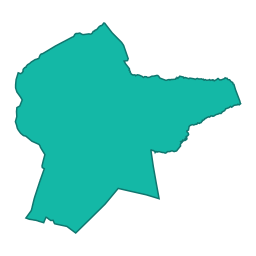 outline of Villa Díaz Ordaz, Oaxaca, Mexico
{"feature_id": "50627088B66246693607195", "entity_name": "Villa Díaz Ordaz", "entity_type": "district", "adm_level": 2, "iso_a3": "MEX", "parent_name": "Mexico", "parent_adm1": "Oaxaca", "projection": "albers", "projection_center": [-96.35, 17.054], "detail": "fine", "context": "isolated", "style": "filled", "palette": "teal", "viewbox_px": 256, "rotation_deg": 0, "n_neighbors": 0, "source": "geoboundaries", "source_scale": "gbopen_adm2", "svg_char_len": 4801}
<svg xmlns="http://www.w3.org/2000/svg" viewBox="0 0 256 256"><path d="M128.0,58.1L123.6,45.4L121.6,42.4L112.1,32.8L104.7,23.2L103.8,23.0L103.6,23.2L103.3,23.8L102.6,24.4L102.1,25.2L101.5,25.6L101.2,25.7L100.6,25.7L99.2,26.6L96.8,29.5L95.1,30.2L94.9,30.3L94.7,30.7L94.7,30.8L94.5,31.0L94.4,31.1L94.0,31.3L93.8,31.3L93.6,31.2L93.4,31.2L92.7,32.2L92.3,33.0L92.2,33.2L91.9,33.5L91.2,33.9L90.9,34.0L90.5,34.2L90.4,34.2L89.2,33.9L88.8,33.9L88.7,33.9L86.6,34.2L83.5,34.6L83.1,34.6L82.5,34.5L82.2,34.4L80.7,33.6L80.2,33.2L79.8,33.1L79.5,33.1L79.1,33.2L77.7,33.5L76.0,33.5L74.9,34.3L74.6,34.8L73.8,36.3L73.6,36.6L71.9,37.3L71.0,37.8L55.6,45.9L42.6,53.7L41.2,54.0L40.5,54.7L40.1,55.2L39.6,56.3L39.3,57.0L39.3,57.5L38.7,58.4L37.9,58.8L37.3,58.8L36.8,59.3L35.3,59.5L31.3,62.0L30.6,62.6L29.8,63.4L27.6,64.7L26.6,65.9L26.1,66.5L26.1,67.2L24.7,67.6L23.2,69.3L23.0,70.6L23.2,71.4L22.5,72.1L22.3,72.6L20.7,73.7L18.2,72.8L16.1,79.6L15.6,84.8L15.6,87.9L16.9,92.0L20.5,97.0L22.2,99.9L19.8,106.0L16.9,107.6L16.5,111.5L16.8,116.6L15.4,121.7L16.6,125.2L17.3,128.2L18.4,130.2L20.7,133.3L23.2,135.4L23.5,135.6L25.8,136.1L31.9,141.2L39.0,144.4L39.9,145.7L40.5,147.4L44.9,154.6L43.6,159.4L42.0,165.9L42.3,167.6L44.3,168.7L43.3,171.5L41.7,176.1L41.5,176.6L41.1,177.8L40.8,178.6L40.5,179.7L40.4,179.7L40.4,179.9L39.3,182.9L39.2,183.4L39.0,183.9L38.0,187.0L37.8,187.5L37.1,189.7L36.0,193.1L34.8,196.7L34.1,199.1L32.2,206.9L32.2,207.1L31.3,210.5L29.6,212.9L28.0,215.1L27.3,216.1L25.9,218.0L29.4,219.3L30.3,219.4L32.4,219.7L33.0,219.8L33.3,219.9L33.8,220.0L35.9,220.3L37.7,220.8L39.0,221.3L40.8,221.8L43.7,222.7L44.9,219.7L46.0,217.3L46.3,217.4L46.6,217.4L48.2,218.6L48.6,219.0L50.8,220.5L53.1,220.3L54.4,223.4L54.8,223.8L57.5,224.4L66.9,226.4L75.7,233.0L80.3,228.5L89.0,220.0L105.1,204.1L118.2,188.4L129.0,190.9L146.3,194.8L159.1,198.7L156.1,182.4L153.3,166.5L150.9,150.1L151.5,149.9L151.9,150.1L152.2,150.4L152.5,150.5L152.9,150.5L153.4,150.5L153.7,150.6L153.9,150.8L154.2,151.1L154.5,151.6L155.0,151.7L155.1,152.1L155.2,152.5L156.0,151.5L156.3,151.6L156.5,152.0L156.9,152.0L156.7,151.7L158.1,151.8L158.9,151.6L159.8,151.8L162.4,152.5L163.0,152.5L164.0,152.6L164.4,152.8L164.8,153.0L165.2,153.1L165.7,153.0L166.5,152.6L167.1,151.9L167.5,151.6L167.9,151.7L168.1,151.6L169.8,151.6L170.5,151.3L171.6,150.9L172.1,150.8L174.1,151.6L174.3,151.5L176.4,151.0L176.8,150.7L177.5,149.7L178.6,148.4L179.7,147.0L180.2,146.4L180.6,145.9L180.5,145.5L180.3,144.9L180.4,144.3L180.9,143.7L181.0,143.4L181.4,142.9L181.6,142.8L181.8,142.6L181.6,142.5L181.4,142.3L181.1,142.0L181.4,142.0L181.9,141.8L182.6,141.4L182.4,141.4L182.1,141.2L182.5,141.1L182.6,140.8L182.8,140.3L183.1,140.5L183.7,140.6L184.1,140.5L183.9,140.3L184.6,140.4L184.6,139.8L185.0,139.7L185.2,139.8L185.2,139.6L185.4,139.7L185.4,139.4L185.6,139.5L185.6,139.4L185.5,139.1L185.9,139.2L185.8,138.9L186.1,139.0L186.1,138.8L186.3,138.9L186.3,138.6L186.6,138.7L186.6,138.4L186.9,138.5L186.9,138.2L186.6,137.9L186.6,137.4L186.4,137.4L186.2,137.3L186.1,137.1L186.1,136.7L186.3,136.4L186.7,136.4L187.8,135.6L188.0,135.4L188.6,134.6L188.3,133.2L187.1,132.0L186.8,131.1L188.5,130.0L189.0,126.8L189.2,126.4L189.5,126.0L190.3,125.4L191.2,125.0L192.2,124.6L193.7,125.0L195.4,124.3L196.3,124.3L197.1,124.0L197.6,123.0L199.5,123.4L200.0,122.8L200.7,122.8L201.1,122.6L201.7,121.7L202.4,121.0L202.4,120.3L203.3,120.2L204.5,119.4L204.6,118.7L205.9,118.4L206.4,117.7L207.7,117.3L208.6,116.7L209.5,117.1L210.6,116.3L211.0,115.8L211.7,116.0L212.3,115.9L212.7,116.3L213.8,116.1L215.8,114.7L218.6,113.9L219.1,113.4L221.0,113.5L222.1,112.3L222.1,112.0L224.7,110.6L225.7,108.7L226.2,108.7L227.6,108.1L228.5,107.9L229.7,107.2L230.2,106.6L230.5,106.4L231.7,107.2L234.0,105.4L235.4,105.1L237.2,104.9L237.8,104.3L238.2,104.4L239.1,104.9L240.6,103.7L240.4,103.5L239.8,101.0L235.5,89.7L233.9,84.3L233.0,83.9L232.7,82.5L231.0,81.6L229.6,79.8L228.0,79.6L227.4,79.0L227.1,78.3L225.8,78.2L225.1,77.8L224.5,78.6L221.2,79.9L219.6,79.9L218.2,78.5L217.6,78.6L216.9,79.4L214.4,80.8L213.8,80.6L213.6,80.0L212.6,79.8L212.3,80.3L211.3,80.0L210.2,80.4L209.6,79.6L209.1,79.9L206.7,80.3L205.3,79.6L204.1,80.2L203.5,79.2L202.4,79.4L201.6,78.9L198.6,79.0L197.5,78.4L196.3,78.7L195.1,79.4L194.1,78.8L189.8,78.1L188.9,78.7L185.2,77.5L183.8,78.0L183.5,77.1L179.8,76.2L179.3,77.1L178.7,77.2L177.9,78.3L177.0,77.5L176.7,78.3L175.9,78.3L175.5,79.2L172.0,79.5L171.0,79.5L169.9,80.0L169.6,79.6L168.5,79.6L166.0,80.4L160.0,78.1L159.1,77.0L158.9,76.5L157.8,75.5L156.8,75.4L153.9,76.1L151.8,76.2L149.5,77.3L147.3,77.5L146.6,76.8L144.8,76.6L143.4,77.5L142.3,76.5L139.1,75.1L137.3,74.8L135.7,75.7L135.4,75.1L134.0,74.8L133.2,75.1L131.4,74.2L130.7,73.0L130.0,72.1L130.2,71.3L129.6,70.7L129.1,70.1L129.3,69.9L129.5,69.2L129.2,68.5L125.5,63.7L124.1,61.1L127.5,60.6L128.2,58.6L128.0,58.1Z" fill="#14b8a6" stroke="#0f766e" stroke-width="1.5"/></svg>